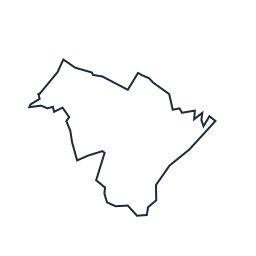 outline of Anderson, Tennessee, United States of America, rotated 248°
{"feature_id": "52423323B19003785608571", "entity_name": "Anderson", "entity_type": "district", "adm_level": 2, "iso_a3": "USA", "parent_name": "United States of America", "parent_adm1": "Tennessee", "projection": "mercator", "projection_center": [-84.178, 36.106], "detail": "fine", "context": "isolated", "style": "outline", "palette": "slate", "viewbox_px": 256, "rotation_deg": 248, "n_neighbors": 0, "source": "geoboundaries", "source_scale": "gbopen_adm2", "svg_char_len": 774}
<svg xmlns="http://www.w3.org/2000/svg" viewBox="0 0 256 256"><g transform="rotate(248 128 128)"><path d="M194.1,57.8L188.1,57.0L186.4,46.4L184.3,44.3L181.3,55.7L176.4,60.7L175.8,66.3L170.7,65.5L171.4,74.9L160.1,77.5L157.4,73.4L147.2,73.5L135.7,70.8L117.0,68.7L117.4,80.9L116.1,95.6L113.7,97.0L91.5,78.9L81.4,84.4L75.9,81.5L66.9,80.7L60.1,87.2L56.2,98.7L43.3,103.5L40.3,112.8L47.1,117.0L50.4,127.1L64.7,132.6L77.6,152.4L85.1,176.9L101.8,211.7L108.4,207.9L101.4,198.7L107.8,199.0L114.2,202.5L111.3,192.6L119.1,196.5L121.9,183.7L126.9,183.1L128.2,176.3L144.0,178.9L160.5,168.4L166.2,166.2L171.4,161.0L175.3,157.9L163.5,142.1L185.3,123.6L190.3,115.5L193.0,115.3L203.7,101.6L215.7,93.7L206.2,83.6L192.2,57.8L194.1,57.8Z" fill="none" stroke="#1e293b" stroke-width="2"/></g></svg>